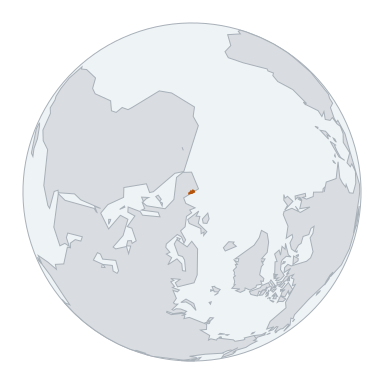 the Earth from above Asturias, rotated 159°
{"feature_id": "ESP-5805", "entity_name": "Asturias", "entity_type": "Autonomous Community", "adm_level": 1, "iso_a3": "ESP", "parent_name": "Spain", "parent_adm1": "", "projection": "orthographic", "projection_center": [-6.051, 43.278], "detail": "fine", "context": "on_globe", "style": "filled", "palette": "amber", "viewbox_px": 384, "rotation_deg": 159, "n_neighbors": 0, "source": "natural_earth", "source_scale": "10m", "svg_char_len": 10557}
<svg xmlns="http://www.w3.org/2000/svg" viewBox="0 0 384 384"><g transform="rotate(159 192 192)"><circle cx="192" cy="192" r="169" fill="#eef3f6" stroke="#a8b0b8"/><path d="M53.2,288.3L48.9,281.2L45.4,274.7L38.4,261.5L29.6,234.6L30.0,230.1L28.9,224.5L32.5,221.2L32.9,209.4L32.0,205.4L30.2,206.6L28.3,191.4L29.4,180.5L32.9,139.1L35.3,132.2L38.6,125.9L56.0,95.6L40.9,118.9L44.6,111.3L50.6,101.4L51.0,101.6L60.0,89.7L65.5,82.5L78.6,70.5L93.1,63.3L89.1,66.7L93.0,64.9L98.4,60.8L100.9,58.5L121.7,49.9L140.3,40.7L143.1,37.4L144.9,38.8L148.2,32.6L156.3,29.1L149.0,33.5L149.7,34.4L156.2,31.9L158.3,32.4L162.6,31.6L164.5,32.4L160.1,35.4L161.3,36.1L165.8,34.4L170.6,34.5L163.8,36.8L171.4,37.3L165.4,43.2L145.7,50.2L144.2,55.5L128.6,68.6L131.9,68.6L128.0,74.1L130.3,76.3L126.8,78.5L131.7,78.4L134.5,76.1L137.5,75.3L139.2,76.5L134.9,79.4L133.5,79.2L133.1,80.7L130.3,81.6L132.6,81.8L127.3,85.4L134.9,83.8L132.6,88.2L128.4,90.1L125.9,87.4L109.9,86.3L104.9,88.0L100.4,92.9L98.2,106.8L93.9,110.1L90.3,116.3L94.0,115.4L98.2,110.4L104.2,110.7L108.6,104.9L111.6,104.3L117.3,99.6L119.6,103.2L118.8,109.3L114.2,113.5L113.7,116.5L120.7,115.0L114.6,125.7L114.9,138.2L113.0,140.9L104.6,141.0L98.1,134.1L87.2,135.7L97.4,137.8L92.4,145.1L93.0,147.8L95.1,149.4L98.2,147.9L97.2,151.3L86.7,150.1L87.5,147.0L90.8,147.3L87.7,144.3L80.5,144.3L78.6,148.3L69.9,145.1L68.4,148.1L65.7,149.3L68.6,144.6L63.1,153.2L52.6,152.9L44.8,167.9L49.0,152.1L48.3,146.5L46.8,141.5L45.4,143.8L45.4,134.9L42.0,133.1L35.9,141.6L32.1,152.6L32.7,161.1L35.1,158.8L36.8,163.7L30.7,172.1L33.0,184.1L30.0,192.4L30.0,200.1L32.3,203.9L34.3,211.2L37.4,209.4L41.6,212.0L40.0,219.8L43.7,215.9L45.1,222.7L54.6,233.0L53.5,234.0L61.2,251.5L72.3,264.3L74.8,271.7L73.3,273.9L77.7,277.8L77.8,280.0L97.8,294.2L110.0,304.4L110.9,311.2L103.3,314.8L102.3,326.1L90.2,322.3L91.2,325.5L88.8,325.7L84.4,322.3L73.0,311.9L62.5,300.6L53.2,288.3ZM42.2,172.1L44.9,189.8L41.1,184.4L42.2,184.4L42.0,178.8L40.9,171.0L38.1,166.8L42.2,172.1ZM48.5,169.4L47.8,166.9L48.8,168.7L48.5,169.4ZM101.7,57.6L98.2,60.7L92.7,64.5L95.3,61.7L101.7,57.6ZM112.6,51.4L111.6,52.7L107.3,54.0L109.2,52.8L112.6,51.4ZM144.7,35.1L141.5,36.6L143.9,35.1L144.7,35.1ZM162.8,31.3L163.1,30.9L165.2,30.7L162.8,31.3ZM115.7,98.1L116.5,98.9L115.0,99.3L115.7,98.1ZM117.4,95.4L115.1,95.4L115.6,94.1L117.0,94.2L117.4,95.4ZM170.2,32.0L173.5,32.1L169.3,32.4L170.2,32.0ZM120.1,95.8L116.7,91.9L117.6,89.8L123.7,88.3L120.1,95.8ZM175.0,32.5L183.2,33.0L184.5,31.8L185.6,35.8L178.2,33.8L172.9,34.4L175.6,33.3L175.0,32.5ZM134.7,74.8L131.7,77.4L132.7,74.2L134.7,74.8ZM134.5,73.0L133.0,64.9L138.1,62.0L137.5,65.2L142.9,60.8L146.2,63.3L143.9,66.3L140.0,67.6L144.2,67.6L134.5,73.0ZM184.9,38.2L186.2,38.9L184.0,38.7L184.9,38.2ZM138.8,74.8L138.1,73.3L142.4,70.6L144.8,73.1L142.6,73.2L138.8,74.8ZM142.8,58.5L146.4,57.1L150.0,58.7L151.9,58.4L146.7,63.1L142.8,58.5ZM142.4,74.4L145.8,74.5L145.2,77.0L139.9,76.1L142.4,74.4ZM142.6,69.0L144.8,67.9L144.3,69.2L142.6,69.0ZM145.1,86.1L144.0,84.1L146.2,82.5L145.1,86.1ZM147.1,74.4L147.3,73.6L148.1,72.8L150.1,73.4L147.1,74.4ZM149.6,64.0L150.4,65.0L151.9,62.2L154.7,63.4L150.7,66.4L153.6,65.6L154.5,66.1L150.2,68.0L149.6,64.0ZM154.5,71.8L150.3,76.3L151.7,80.2L149.8,81.6L147.9,75.2L154.5,71.8ZM152.3,69.4L153.2,71.1L150.4,72.0L148.1,71.3L152.3,69.4ZM158.1,63.3L154.8,60.6L155.8,60.1L158.1,63.3ZM155.4,72.7L156.4,71.6L155.8,72.9L155.4,72.7ZM157.9,65.9L156.6,65.0L157.8,64.4L157.9,65.9ZM159.4,70.3L158.1,71.7L156.4,71.2L159.4,70.3ZM159.2,68.2L161.1,67.6L156.7,70.2L158.4,67.8L159.2,68.2ZM159.2,65.5L159.4,64.9L159.5,66.0L159.2,65.5ZM166.4,71.5L161.2,74.9L157.6,73.7L163.1,70.6L166.4,71.5ZM292.7,56.3L291.0,55.1L292.7,56.6L289.8,54.6L296.9,60.4L293.0,57.9L300.4,63.9L301.9,64.5L297.1,60.1L305.2,66.8L305.4,66.7L315.2,76.3L324.1,86.7L332.2,97.8L339.4,109.4L345.6,121.7L350.8,134.4L349.4,130.9L351.8,138.2L349.9,133.7L346.5,130.5L349.0,141.2L354.2,165.3L357.8,178.0L358.3,187.8L351.7,178.2L346.3,168.4L345.5,173.4L337.5,170.8L328.1,185.2L325.4,183.4L324.0,187.8L318.1,189.4L313.4,186.0L310.4,189.5L322.7,198.2L325.6,194.5L326.1,185.4L329.1,189.6L334.6,189.1L333.6,208.7L317.4,238.4L313.5,229.7L289.2,211.7L288.6,207.9L288.4,207.5L288.0,207.0L288.1,213.5L283.2,209.4L298.7,224.6L302.3,232.3L317.2,239.3L316.4,241.7L320.5,241.9L330.8,227.8L331.4,231.1L328.0,251.2L311.6,283.3L312.5,293.3L309.0,303.2L296.0,316.1L294.2,321.4L287.0,326.9L284.6,330.1L277.2,335.7L265.9,342.3L249.8,348.3L251.1,346.4L246.5,344.1L241.2,333.0L247.7,324.3L247.2,318.4L235.3,306.3L238.1,296.7L234.3,293.5L226.9,295.9L222.2,291.8L217.5,292.4L186.3,298.1L175.5,291.7L159.2,270.5L163.8,262.2L162.3,251.7L192.3,214.1L201.3,215.6L228.0,206.1L231.8,206.7L231.6,216.0L254.0,220.6L257.8,211.5L275.1,210.4L284.8,205.0L283.1,187.4L267.2,195.9L261.6,189.5L272.0,176.0L285.4,168.9L283.6,166.2L272.7,164.6L273.3,157.1L268.6,163.5L272.4,165.2L269.5,169.5L266.0,168.3L266.3,165.5L261.6,166.4L261.1,179.7L264.8,182.9L253.9,190.1L259.1,196.2L257.0,200.9L247.4,192.3L246.5,188.1L230.8,180.3L230.8,185.2L245.6,193.2L242.1,193.4L242.2,200.8L239.3,195.4L223.1,186.0L211.6,191.5L201.2,211.2L193.6,213.6L185.3,210.7L184.8,192.6L201.9,189.5L201.9,183.6L194.8,176.1L200.6,176.0L199.8,172.7L205.9,171.2L210.9,162.0L216.6,159.8L215.1,149.6L217.8,147.2L217.9,153.9L221.0,157.6L234.6,152.7L236.3,149.7L234.2,143.6L238.2,143.3L234.5,138.0L240.6,132.7L230.0,135.0L227.3,128.5L229.1,122.0L226.3,120.4L223.3,131.1L223.9,135.1L227.4,137.8L227.2,149.8L223.3,153.0L216.2,142.5L209.9,146.1L207.2,136.8L216.9,112.7L222.6,106.5L239.5,108.6L240.1,113.3L234.4,114.7L242.8,118.9L240.6,115.9L244.0,115.8L242.2,110.1L244.5,109.8L238.9,105.0L241.5,104.0L245.0,107.0L244.7,98.3L249.1,95.2L247.9,93.4L245.4,92.4L252.8,89.4L251.6,88.2L248.7,88.7L244.5,86.8L239.8,82.5L242.6,81.7L244.7,83.2L253.2,85.2L258.2,89.6L258.9,88.8L255.2,84.9L244.8,82.3L241.2,80.0L246.1,80.5L244.0,80.1L243.1,78.8L244.9,76.7L239.5,75.9L225.7,63.2L227.7,58.5L233.6,60.1L226.9,51.7L229.7,47.8L227.0,48.2L222.1,44.9L221.1,46.0L219.5,46.0L206.3,39.1L205.4,37.2L196.7,35.4L195.3,35.7L195.5,37.0L185.6,35.8L184.5,31.8L187.6,31.3L184.8,29.5L192.4,28.7L197.4,27.6L207.3,28.4L210.4,27.8L208.9,27.2L211.9,26.2L223.4,26.8L220.7,28.7L204.8,30.2L211.9,29.6L212.2,30.6L215.9,31.1L220.7,30.8L220.1,30.2L237.7,35.8L253.2,39.5L247.3,36.1L247.7,35.0L260.2,38.1L286.1,51.9L286.8,52.1L292.7,56.3ZM185.2,234.0L185.2,237.4L185.2,234.0ZM302.0,169.3L308.5,163.8L301.5,156.7L303.4,154.1L300.3,152.7L300.9,156.2L292.7,152.0L294.0,146.5L291.1,142.9L288.8,144.7L287.7,155.5L299.5,161.4L299.7,166.8L302.0,169.3ZM55.0,233.3L55.9,236.0L54.3,234.4L55.0,233.3ZM39.4,186.7L40.6,189.2L40.8,191.7L39.7,190.2L39.4,186.7ZM51.8,206.1L53.7,209.3L51.2,207.3L51.8,206.1ZM45.6,192.4L50.3,203.8L45.6,200.9L42.9,193.7L45.4,196.8L45.6,192.4ZM45.6,172.8L46.0,174.8L45.1,175.8L45.6,172.8ZM49.2,170.7L48.8,170.3L49.1,168.4L49.2,170.7ZM93.1,145.2L93.9,145.4L95.5,147.5L93.7,147.6L93.1,145.2ZM109.2,151.4L107.2,156.7L107.3,152.9L104.4,153.8L101.1,147.1L111.9,141.9L107.6,145.3L109.2,151.4ZM99.7,137.2L100.6,141.7L99.2,137.0L99.7,137.2ZM189.4,157.3L192.7,159.0L192.0,163.0L184.8,166.7L185.7,160.8L189.4,157.3ZM197.4,160.5L192.4,149.6L196.7,147.2L195.1,150.3L198.4,149.8L196.8,154.8L205.8,163.6L205.8,167.8L192.5,171.8L196.8,168.0L193.4,166.4L197.4,160.5ZM172.2,129.2L170.1,125.4L182.1,125.0L182.7,128.7L175.5,132.4L170.7,130.2L172.2,129.2ZM131.4,94.2L129.9,93.4L131.0,92.5L133.3,92.5L131.4,94.2ZM144.4,85.3L139.5,97.0L137.5,96.6L137.1,104.5L131.5,106.6L132.0,101.3L127.4,109.0L125.6,105.2L123.1,110.6L124.6,98.7L122.8,95.9L127.0,98.2L132.1,96.3L133.8,94.6L137.2,87.8L135.8,81.1L140.7,78.5L144.5,78.4L145.6,79.6L142.1,80.9L146.1,81.6L141.8,84.4L144.4,85.3ZM186.5,84.2L182.0,84.3L189.3,87.8L185.0,90.0L186.1,90.3L184.2,93.3L183.8,97.6L181.5,98.1L182.3,99.6L181.1,101.8L181.5,104.1L177.4,105.9L177.5,108.9L175.5,108.1L176.9,112.9L174.0,110.2L172.2,113.0L175.9,114.1L153.0,120.1L145.6,125.3L140.9,131.3L136.7,126.3L138.4,117.8L143.4,108.7L151.1,104.7L147.8,103.4L150.6,101.1L152.0,103.1L151.4,98.8L154.0,97.5L158.5,90.5L155.9,85.5L157.5,83.0L159.8,84.3L159.7,80.9L165.2,81.9L166.4,80.2L173.0,79.6L176.8,83.4L177.9,81.3L182.9,81.0L186.5,84.2ZM168.2,71.5L173.7,75.2L174.1,78.4L162.4,78.2L160.6,79.6L153.1,79.9L152.7,75.5L154.9,75.8L156.9,75.0L156.2,76.7L158.3,74.8L161.3,75.2L163.8,73.9L164.9,75.4L168.2,71.5ZM234.4,202.4L237.1,202.1L240.8,200.5L240.9,205.3L234.4,202.4ZM223.3,196.2L225.5,195.0L227.5,200.7L224.7,201.2L223.3,196.2ZM224.9,189.7L225.4,194.5L223.5,192.2L224.9,189.7ZM219.7,152.6L221.8,151.2L222.7,152.4L222.3,154.9L219.7,152.6ZM207.2,96.5L204.5,95.8L204.7,94.8L200.6,90.9L203.4,89.3L207.0,90.9L207.2,96.5ZM281.4,191.7L279.6,196.3L277.7,195.6L278.7,194.2L281.4,191.7ZM260.1,201.9L265.8,201.7L260.1,203.2L260.1,201.9ZM209.5,94.1L207.5,92.6L210.2,92.7L209.5,94.1ZM205.3,87.9L208.1,87.5L203.3,88.6L205.3,87.9ZM328.0,285.9L314.6,306.9L309.5,311.3L310.7,308.2L317.2,297.1L323.9,289.3L327.8,282.2L328.0,285.9ZM358.1,178.6L359.7,182.8L359.7,186.4L358.1,178.6ZM230.7,80.0L233.3,87.0L237.0,91.5L242.0,92.9L236.0,94.2L230.3,87.3L230.7,80.0ZM226.1,65.2L221.7,64.4L222.8,63.1L223.9,63.1L226.1,65.2ZM224.0,66.0L220.1,68.3L217.1,66.8L220.8,65.2L224.0,66.0ZM215.0,80.6L215.6,82.8L213.4,82.6L215.0,80.6ZM257.0,36.0L258.4,36.7L262.7,38.5L254.7,35.4L249.9,33.3L250.5,33.5L252.6,34.3L257.0,36.0ZM251.3,34.1L253.4,35.1L245.9,34.8L243.1,34.4L246.3,32.9L248.4,33.8L251.0,34.4L251.3,34.1ZM187.4,38.2L186.4,38.8L186.2,38.0L187.4,38.2ZM219.1,46.7L216.8,46.5L216.7,45.4L219.1,46.7ZM210.4,45.5L212.2,46.9L209.1,45.7L210.4,45.5ZM216.4,50.0L212.3,47.6L217.9,49.5L216.4,50.0Z" fill="#d9dde1" stroke="#a8b0b8" stroke-width="1"/><path d="M189.9,191.4L189.9,191.2L190.0,191.2L190.3,191.1L190.5,191.1L190.8,191.1L191.0,191.2L191.3,191.1L191.5,191.1L191.9,191.1L192.0,191.1L192.3,191.1L192.3,190.9L192.5,190.9L192.7,191.1L192.8,191.1L193.3,191.2L193.4,191.3L193.5,191.3L193.5,191.2L193.8,191.3L194.1,191.4L194.3,191.5L194.3,191.4L194.6,191.5L194.8,191.6L195.3,191.6L195.2,191.8L195.3,191.8L195.3,192.0L195.2,192.0L195.2,191.9L195.1,192.0L194.9,192.0L194.7,192.2L194.3,192.2L194.2,192.2L194.2,192.3L194.0,192.5L193.9,192.5L193.6,192.6L193.4,192.6L193.2,192.7L193.1,192.8L193.1,192.7L192.9,192.7L192.7,192.7L192.7,192.8L192.4,192.9L192.2,192.8L192.2,192.7L191.9,192.6L191.7,192.7L191.6,192.8L191.5,192.7L191.4,192.7L191.2,192.7L191.2,192.8L191.1,193.0L190.9,193.1L190.7,193.0L190.4,193.1L190.3,192.9L190.2,192.8L190.1,192.7L190.1,192.8L190.0,192.7L190.3,192.5L190.3,192.4L190.2,192.3L190.0,192.2L189.9,192.2L189.8,191.9L189.7,191.9L189.7,191.7L189.8,191.5L189.9,191.4L189.9,191.4Z" fill="#f59e0b" stroke="#b45309" stroke-width="1.5"/></g></svg>